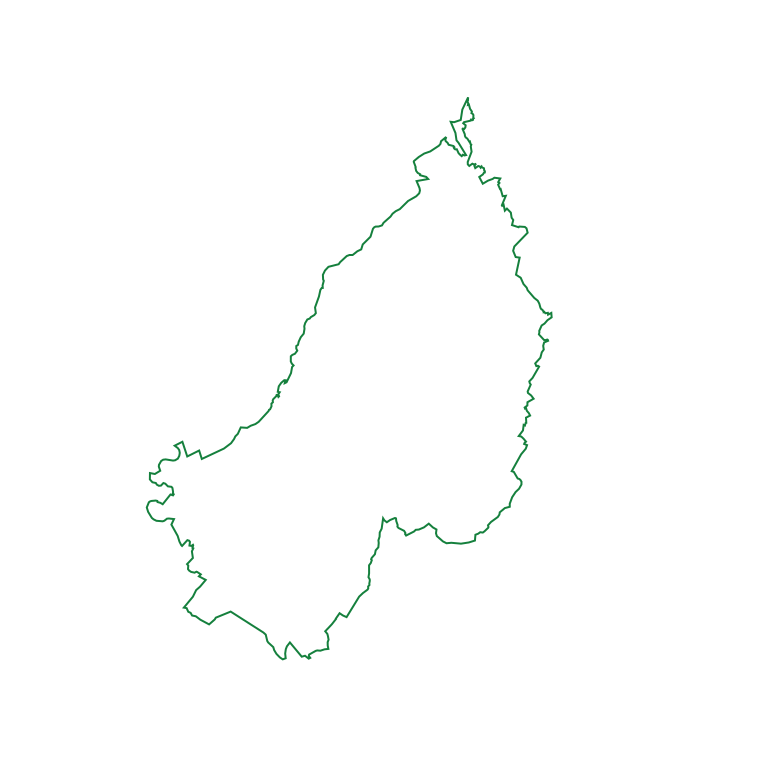 outline of Gornesti, Mures, Romania, rotated 297°
{"feature_id": "2599482B61997995106297", "entity_name": "Gornesti", "entity_type": "district", "adm_level": 2, "iso_a3": "ROU", "parent_name": "Romania", "parent_adm1": "Mures", "projection": "robinson", "projection_center": [24.739, 46.67], "detail": "fine", "context": "isolated", "style": "outline", "palette": "green", "viewbox_px": 768, "rotation_deg": 297, "n_neighbors": 0, "source": "geoboundaries", "source_scale": "gbopen_adm2", "svg_char_len": 6149}
<svg xmlns="http://www.w3.org/2000/svg" viewBox="0 0 768 768"><g transform="rotate(297 384 384)"><path d="M469.9,514.3L470.1,512.9L469.1,511.6L471.0,509.4L478.4,511.4L483.8,510.2L487.2,510.7L490.3,508.5L493.7,507.8L497.0,510.6L497.7,509.9L497.7,509.2L496.6,508.3L495.9,506.6L498.5,499.5L500.6,499.0L501.8,498.2L507.7,497.9L510.7,499.6L515.1,500.7L519.5,503.1L523.3,500.8L520.3,498.7L521.8,497.7L520.3,495.7L520.8,494.6L520.4,493.8L521.2,493.6L521.3,492.5L522.1,491.4L522.0,490.3L522.9,488.8L526.1,485.9L528.0,483.2L528.9,478.8L532.7,469.5L534.6,467.4L536.4,462.9L540.7,457.6L541.3,452.0L558.2,447.5L556.9,443.7L561.3,438.6L565.7,437.7L584.0,443.3L587.4,440.3L587.9,438.2L585.7,433.0L584.8,432.8L583.7,425.9L588.8,424.7L590.1,422.2L594.3,419.2L596.1,413.9L593.3,413.0L598.0,409.2L596.4,408.4L596.7,407.9L607.0,407.1L605.2,404.5L610.7,399.4L610.3,399.0L613.4,395.2L615.5,395.6L615.8,394.1L619.9,394.3L617.9,388.7L616.0,387.7L612.5,384.4L607.3,381.1L611.7,374.9L615.7,377.0L617.6,377.1L618.2,377.8L619.4,377.3L619.7,376.4L621.6,375.1L621.5,373.0L622.1,372.2L620.6,371.9L621.3,370.7L621.0,369.0L617.8,367.3L619.4,365.5L622.1,366.0L620.5,364.7L620.4,362.7L617.0,361.0L617.7,359.0L619.8,357.8L630.7,356.6L635.0,353.5L636.9,353.1L636.9,352.4L638.9,350.6L638.4,350.4L640.5,346.8L640.8,344.8L641.8,343.5L643.3,342.5L646.9,338.2L647.4,338.3L647.7,339.7L649.5,340.0L651.6,339.3L652.3,336.2L653.6,336.4L657.7,341.3L659.0,341.5L658.6,342.2L658.8,342.6L659.8,343.4L660.8,342.9L661.6,343.3L661.9,342.6L664.2,341.6L665.0,340.3L665.0,339.0L666.7,338.6L668.2,335.8L671.5,332.8L670.8,332.1L672.3,331.7L673.5,330.1L674.8,330.1L677.6,328.8L664.1,329.2L654.1,332.5L649.1,327.6L647.9,324.4L640.1,333.7L634.0,338.0L632.8,340.8L625.2,353.2L624.1,351.8L624.1,350.2L622.3,349.8L622.7,348.0L623.5,345.7L626.2,342.3L625.4,341.0L625.6,339.9L626.2,338.9L627.0,339.2L627.6,337.9L626.5,333.0L627.8,331.1L628.4,328.7L629.5,327.7L631.5,327.5L631.6,326.9L626.2,324.6L623.5,325.3L621.2,324.7L612.2,319.6L607.6,315.2L602.0,311.9L596.3,309.5L595.5,309.6L591.6,313.8L591.0,313.8L588.5,315.9L587.4,318.2L587.3,321.0L586.4,321.4L587.7,327.6L586.7,330.3L579.6,320.9L574.7,326.7L572.7,328.2L569.9,328.8L565.9,327.5L558.1,322.4L547.0,318.7L543.3,316.0L539.6,314.3L536.1,313.8L527.5,310.4L524.4,310.2L521.9,307.7L520.4,305.0L519.1,304.1L517.3,303.7L509.1,305.1L498.7,301.7L493.6,302.6L490.2,300.0L484.7,297.5L483.2,294.6L481.1,292.7L472.7,289.6L470.1,289.2L463.2,281.3L458.3,279.9L453.5,280.0L449.5,282.3L448.6,283.5L444.0,284.5L441.8,285.8L441.3,284.9L439.0,284.6L432.5,286.3L420.9,287.8L416.2,291.1L413.8,290.6L410.3,288.4L408.6,288.1L406.7,286.4L402.6,286.1L399.3,286.7L397.1,288.1L392.4,289.6L387.9,288.6L383.0,288.8L379.8,289.6L378.0,288.6L375.8,289.7L374.3,291.6L370.5,290.9L368.3,289.1L366.4,288.4L361.8,290.7L360.3,292.6L359.5,295.0L357.4,294.4L351.5,296.2L341.3,296.4L339.7,295.2L342.6,294.5L342.1,293.4L338.4,291.9L334.2,291.3L328.8,292.9L329.3,294.8L326.7,294.5L325.4,296.1L324.5,295.8L326.0,294.1L325.5,293.3L324.2,293.5L320.2,292.2L318.8,292.3L317.3,293.3L315.4,292.6L313.0,293.9L309.7,294.0L308.8,293.3L307.4,293.4L293.4,289.5L289.9,287.6L286.3,284.2L282.8,282.0L280.3,276.1L273.2,276.4L269.8,275.3L266.9,275.4L261.8,274.6L253.8,270.7L234.5,255.7L240.8,249.5L230.1,241.6L241.0,230.6L234.0,225.5L233.3,229.4L232.2,231.5L229.9,233.3L227.1,234.2L223.9,234.2L221.2,232.5L220.0,230.8L217.7,223.7L216.3,221.6L214.2,220.4L209.8,220.2L208.1,220.9L205.1,224.0L199.8,220.7L198.4,215.9L192.7,218.7L191.3,222.3L192.2,225.6L191.2,227.3L191.1,229.6L192.2,231.4L195.6,232.4L195.9,234.4L194.7,237.9L195.9,241.3L195.3,242.7L191.9,245.2L190.6,245.5L190.3,246.7L189.0,246.6L188.6,243.9L176.4,241.4L176.6,238.6L176.0,235.8L176.9,235.1L176.5,233.5L174.1,229.7L172.8,228.6L171.8,228.2L166.3,228.7L163.0,231.9L159.3,237.9L158.8,240.1L158.8,243.3L161.2,249.2L162.5,250.4L165.5,251.8L166.5,253.4L168.3,258.2L162.2,258.4L155.0,269.1L150.7,273.3L148.3,276.6L148.0,277.6L155.6,279.7L155.9,281.5L155.2,282.8L151.7,284.0L152.3,285.9L154.0,286.8L153.7,287.2L151.0,287.7L151.0,288.7L147.7,288.8L142.2,292.7L134.1,290.3L133.4,292.0L130.1,293.4L129.3,295.0L129.0,297.4L129.9,300.9L131.6,302.1L131.7,302.9L131.2,307.2L128.6,306.4L128.5,314.1L119.9,312.1L115.1,310.2L107.7,310.3L93.9,307.2L94.7,309.9L92.2,313.0L92.3,315.6L90.6,318.1L91.6,321.8L90.6,327.4L90.4,337.3L97.4,340.1L99.4,340.2L111.6,350.7L107.8,389.4L107.0,392.4L102.0,396.7L101.1,398.2L99.3,404.8L97.0,407.0L94.7,410.7L93.1,415.4L92.7,418.8L95.0,420.9L99.0,418.3L103.2,416.9L106.2,416.6L111.0,417.5L103.7,434.5L106.0,437.0L105.1,441.6L106.5,442.6L107.5,440.5L108.9,440.1L115.2,444.3L116.3,445.5L117.5,448.4L120.6,451.5L122.7,454.7L125.4,452.6L128.4,451.0L131.0,450.7L133.8,448.6L135.6,447.0L137.0,443.9L146.2,446.6L152.8,447.9L153.0,447.6L159.6,448.5L159.1,452.5L159.3,456.5L183.3,458.4L188.3,460.2L193.3,462.7L194.6,462.8L196.4,461.8L198.3,462.3L199.5,461.5L202.2,460.7L203.5,459.9L204.8,457.9L208.5,456.7L215.7,453.0L218.5,453.5L221.5,453.1L222.0,452.1L223.5,452.0L228.2,453.2L232.0,452.1L235.9,453.1L239.9,451.5L242.2,450.0L245.9,449.4L249.8,447.6L254.0,447.6L263.9,444.2L262.7,446.2L262.1,449.3L265.6,451.2L269.6,454.6L269.7,455.7L267.5,457.1L264.5,460.2L263.0,460.7L262.3,462.3L262.3,468.6L260.9,470.8L259.9,470.9L259.0,472.5L266.2,477.7L268.5,478.5L270.1,481.1L274.4,484.7L279.9,487.3L278.4,492.7L278.2,496.8L274.6,498.1L272.5,500.1L270.5,508.0L270.5,512.0L273.1,516.1L276.7,525.1L281.3,531.5L285.8,536.1L291.2,533.9L293.4,535.9L295.6,537.0L296.5,539.5L298.3,540.4L303.2,542.1L304.0,542.0L305.3,540.8L309.7,542.0L317.2,545.8L320.1,546.1L322.2,545.4L328.3,548.0L331.7,551.8L334.4,550.4L341.3,549.6L347.5,550.3L352.0,551.9L356.8,552.1L359.3,550.9L360.4,549.2L360.8,547.7L360.5,546.0L364.6,539.6L364.3,537.4L383.6,538.1L390.7,539.7L394.5,539.2L394.2,536.1L395.6,536.0L397.1,536.7L398.6,533.2L399.5,530.2L398.8,527.7L405.7,528.9L411.0,527.0L411.0,528.4L413.6,527.9L414.0,528.4L418.5,525.8L422.2,528.5L423.8,526.3L425.0,523.4L427.2,521.3L426.2,520.8L426.9,520.0L429.9,521.5L432.9,520.1L438.8,524.0L440.6,520.3L441.4,516.3L442.6,515.4L450.1,515.0L451.0,513.4L452.3,512.3L456.8,513.6L469.9,514.3Z" fill="none" stroke="#15803d" stroke-width="2"/></g></svg>